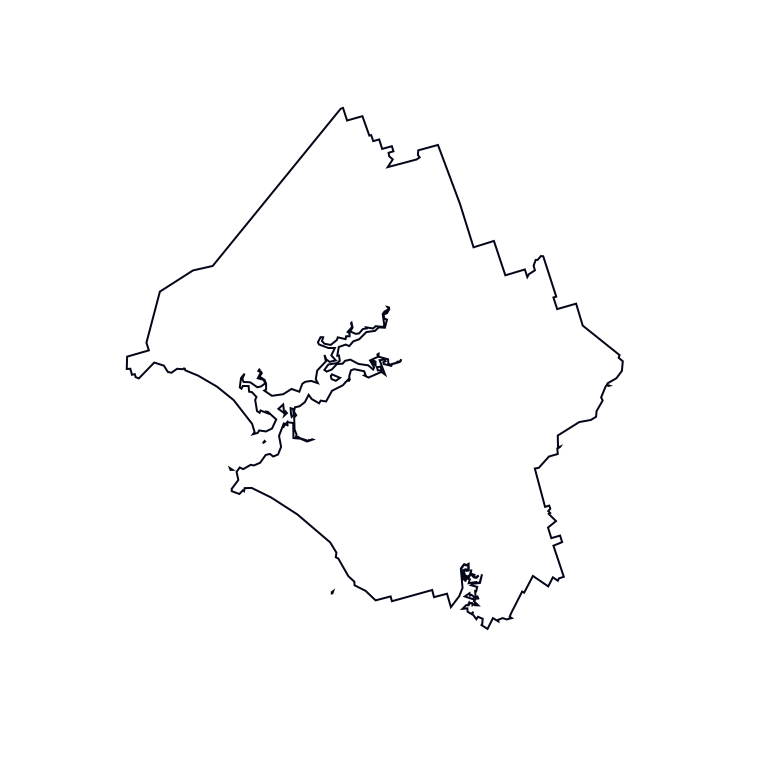 Latrobe (Tas.), Tasmania, Australia, rotated 244°
{"feature_id": "25037944B83996664476279", "entity_name": "Latrobe (Tas.)", "entity_type": "district", "adm_level": 2, "iso_a3": "AUS", "parent_name": "Australia", "parent_adm1": "Tasmania", "projection": "robinson", "projection_center": [146.505, -41.235], "detail": "fine", "context": "isolated", "style": "outline", "palette": "ink", "viewbox_px": 768, "rotation_deg": 244, "n_neighbors": 0, "source": "geoboundaries", "source_scale": "gbopen_adm2", "svg_char_len": 6167}
<svg xmlns="http://www.w3.org/2000/svg" viewBox="0 0 768 768"><g transform="rotate(244 384 384)"><path d="M117.6,396.2L119.7,394.9L122.2,397.7L136.9,417.2L135.0,418.5L146.2,433.7L130.1,442.9L136.2,451.0L131.0,454.0L132.6,456.1L131.9,461.1L164.4,465.4L163.8,474.8L170.6,475.8L172.1,466.8L183.1,468.5L185.4,478.5L195.0,475.1L195.2,476.8L197.8,475.9L199.0,478.8L202.3,479.2L203.0,474.9L241.9,482.5L240.8,486.4L246.5,500.5L244.9,509.5L250.1,511.5L250.1,514.2L250.5,515.0L250.7,512.6L261.5,517.6L264.2,542.8L261.0,554.1L261.6,560.3L266.4,563.1L273.3,573.3L276.8,573.3L284.7,582.2L285.4,583.8L283.9,584.9L283.7,585.9L285.3,584.2L286.6,585.2L287.3,595.4L291.5,603.6L299.8,608.6L304.7,606.4L306.7,608.4L349.4,588.2L372.0,591.9L375.4,572.5L387.5,574.2L387.0,577.1L429.0,583.1L430.2,581.2L428.2,576.5L429.0,574.7L424.7,570.3L420.0,569.5L419.2,562.4L417.3,559.7L425.2,560.8L428.5,540.7L464.4,545.5L467.6,524.4L512.2,531.2L575.2,537.3L579.0,517.2L575.1,514.9L572.1,515.4L571.5,511.8L577.3,482.4L582.0,490.3L586.4,488.5L589.8,489.5L589.0,494.5L594.3,495.3L596.1,485.4L605.9,486.9L607.0,480.8L613.3,481.6L613.7,479.7L634.2,482.0L637.0,466.3L650.1,468.2L650.4,465.7L565.2,281.8L569.8,262.1L565.3,223.1L525.3,188.6L517.3,187.4L521.2,165.1L510.3,159.4L508.9,162.7L502.8,161.5L502.1,164.3L499.0,163.8L496.5,166.1L504.0,186.9L497.0,194.2L489.6,195.0L487.3,197.9L488.4,204.7L485.5,209.6L485.7,211.0L485.1,211.7L483.4,211.4L473.0,220.6L454.9,232.7L435.5,241.8L406.0,248.0L397.5,246.6L396.3,244.3L395.4,249.1L397.0,251.4L393.1,257.1L393.1,263.9L399.4,271.6L409.9,267.4L410.6,266.4L408.8,266.5L414.3,261.4L412.7,259.6L415.3,258.0L426.1,261.2L428.3,263.7L434.6,261.7L436.2,259.4L441.5,261.4L444.1,256.3L442.3,253.8L444.2,252.9L452.0,258.1L454.4,263.2L450.8,258.9L447.4,258.7L444.2,264.5L436.6,268.7L435.7,272.5L436.7,277.7L440.6,277.5L444.5,273.1L448.4,278.5L450.8,276.8L452.2,279.2L450.9,277.4L449.1,278.8L447.3,278.9L445.3,275.3L440.0,278.5L436.0,278.2L430.7,275.6L430.6,273.5L422.5,278.1L419.0,289.0L420.1,298.7L414.2,304.5L420.0,310.7L420.5,314.2L418.7,319.9L413.8,324.9L418.3,324.8L425.4,329.9L429.8,341.7L436.2,343.2L431.4,342.9L427.7,344.8L426.4,351.0L432.8,349.2L437.9,355.6L440.7,349.8L448.0,342.9L450.5,342.9L453.9,347.5L452.7,349.8L449.8,347.1L446.3,348.1L442.5,353.2L444.2,360.9L446.2,362.9L441.2,369.1L443.5,370.9L442.0,374.0L444.7,375.3L446.7,374.1L449.2,380.3L453.2,381.1L453.4,381.7L448.5,380.5L446.1,376.7L441.5,380.5L440.4,383.8L442.7,389.1L441.6,392.7L442.8,392.7L438.7,398.5L439.6,401.9L435.6,408.3L436.9,410.1L447.4,413.5L448.9,416.3L449.2,421.3L451.7,420.8L450.7,422.0L448.9,421.5L446.4,417.8L446.6,413.9L442.5,413.0L440.6,414.9L434.2,409.5L437.2,404.1L435.7,399.2L438.4,390.9L435.1,381.3L435.8,375.1L433.3,369.4L436.2,366.9L437.1,359.6L429.9,354.4L429.4,356.0L424.3,354.5L423.4,350.9L425.9,342.5L422.8,336.6L420.3,337.9L419.9,343.4L422.6,350.5L420.4,355.7L421.9,359.1L420.7,364.4L413.2,369.9L407.7,378.0L401.8,380.6L403.3,382.4L411.3,381.8L411.1,390.5L413.4,391.0L413.6,392.4L410.9,391.1L404.4,398.5L400.7,396.9L398.2,398.2L398.6,399.5L397.7,403.9L398.1,406.2L397.2,408.1L398.7,410.3L397.2,408.9L396.9,407.5L398.2,399.9L397.1,398.5L402.0,392.6L403.9,392.9L403.8,395.4L405.7,395.4L407.3,390.5L392.0,389.1L396.0,387.0L396.6,372.9L400.4,370.0L400.3,371.4L404.1,371.8L410.4,363.7L410.8,360.3L406.2,356.1L403.1,355.1L402.2,354.0L402.9,352.6L403.2,355.0L404.1,354.6L400.9,346.4L400.7,334.3L393.7,324.3L396.8,319.8L395.1,317.2L402.2,312.4L407.3,311.5L402.4,305.0L401.0,298.3L402.1,293.7L398.5,290.9L394.4,291.4L393.3,288.6L382.4,283.7L376.7,283.2L374.7,281.3L374.0,283.9L372.7,284.2L367.5,289.5L366.3,289.8L366.6,291.7L366.0,292.6L365.8,295.2L365.3,295.7L366.0,289.7L371.5,284.9L375.1,278.9L388.7,285.3L391.6,281.1L391.0,279.8L392.1,280.3L391.2,278.2L388.4,279.8L391.2,277.6L388.9,274.1L393.1,277.3L383.4,266.9L372.7,264.0L367.1,257.9L367.4,252.6L371.1,250.9L372.1,246.6L367.5,238.1L367.8,231.4L369.8,228.8L369.2,220.2L372.2,217.7L369.7,213.0L361.6,211.0L356.5,201.1L354.4,200.2L348.5,205.8L350.3,210.5L349.0,211.2L351.5,213.1L348.6,219.5L331.5,232.8L304.7,249.0L265.2,266.2L253.3,267.3L249.4,264.7L247.2,266.4L226.9,267.7L219.3,270.7L216.0,269.3L206.1,276.8L193.2,281.6L190.2,296.8L185.3,295.9L177.7,337.0L170.5,335.5L167.9,348.7L154.1,346.3L160.3,358.6L166.3,365.2L184.5,372.2L186.9,376.8L186.6,377.6L185.0,378.6L185.3,381.2L179.3,378.5L179.8,376.3L181.8,374.6L180.9,372.5L179.2,372.3L181.2,373.3L180.4,373.7L174.1,372.3L174.1,373.7L175.9,373.6L175.3,374.1L174.9,374.4L174.4,374.5L175.3,373.9L173.4,373.7L175.0,377.7L179.0,381.3L175.6,378.8L172.8,381.7L171.2,380.2L169.6,382.2L170.3,383.3L170.3,385.1L169.3,382.3L169.7,381.3L170.7,380.1L175.1,378.6L172.1,374.1L170.8,375.5L167.8,372.8L165.4,380.9L165.3,379.6L163.4,382.8L170.0,388.7L163.1,383.0L165.5,376.4L165.0,374.0L160.8,378.8L157.3,376.0L158.0,375.2L152.4,372.9L152.1,374.8L149.0,374.7L151.3,374.0L149.3,369.6L143.7,371.7L145.3,368.7L146.9,368.8L146.4,366.5L148.4,367.1L150.1,364.8L147.8,363.8L149.8,364.3L149.1,363.3L148.8,363.4L148.4,363.0L148.1,362.9L149.2,360.9L147.5,356.0L145.8,360.6L142.7,359.3L138.8,361.9L139.5,362.6L140.0,364.6L139.3,362.6L132.1,363.9L133.6,366.4L129.7,369.8L124.5,366.6L125.3,365.5L118.5,369.7L125.8,379.3L120.5,382.7L122.0,383.1L121.6,388.0L118.6,391.1L117.6,396.2ZM181.7,376.1L179.9,378.4L184.5,380.2L184.9,378.3L186.6,376.9L183.9,372.1L177.9,369.8L182.0,372.7L181.7,376.1ZM408.8,347.2L415.5,341.4L414.5,339.7L411.4,339.0L408.0,342.1L408.8,347.2ZM401.6,281.5L409.8,284.4L407.9,278.2L401.6,281.5ZM151.4,369.8L153.1,371.7L156.1,370.2L156.1,368.6L158.5,369.2L157.6,363.5L151.4,369.8ZM397.2,388.4L401.3,388.1L402.2,385.0L398.9,384.4L397.2,388.4ZM403.2,289.5L398.0,287.3L394.9,286.6L395.7,289.2L401.3,291.4L403.2,289.5ZM404.5,384.6L407.9,386.2L410.4,384.0L408.4,383.5L404.5,384.6ZM173.5,370.0L173.4,371.5L170.9,370.4L172.3,372.1L178.4,372.0L176.3,369.3L177.6,371.9L173.5,370.0ZM399.4,280.6L400.4,284.0L402.4,283.5L399.4,280.6ZM374.0,208.4L373.2,210.3L376.0,208.6L374.0,208.4ZM383.9,249.0L384.4,251.9L385.1,251.7L383.9,249.0ZM447.5,416.9L448.4,419.3L448.4,416.2L447.5,416.9ZM220.1,247.5L219.8,245.8L218.6,245.3L218.5,245.9L220.1,247.5Z" fill="none" stroke="#020617" stroke-width="2"/></g></svg>